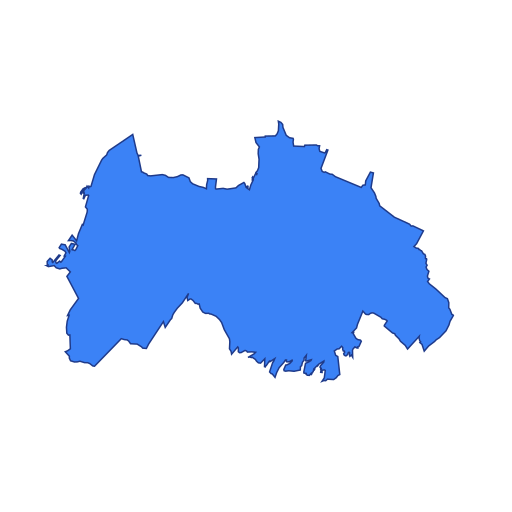 outline of Cungrea, Olt, Romania, rotated 100°
{"feature_id": "2599482B31461522187781", "entity_name": "Cungrea", "entity_type": "district", "adm_level": 2, "iso_a3": "ROU", "parent_name": "Romania", "parent_adm1": "Olt", "projection": "robinson", "projection_center": [24.401, 44.69], "detail": "fine", "context": "isolated", "style": "filled", "palette": "blue", "viewbox_px": 512, "rotation_deg": 100, "n_neighbors": 0, "source": "geoboundaries", "source_scale": "gbopen_adm2", "svg_char_len": 6120}
<svg xmlns="http://www.w3.org/2000/svg" viewBox="0 0 512 512"><g transform="rotate(100 256 256)"><path d="M383.4,427.2L387.1,422.4L389.0,422.1L391.4,420.4L391.9,416.4L391.3,413.6L390.2,411.1L390.8,406.3L390.3,403.2L390.8,401.0L392.6,397.7L392.6,395.9L360.8,374.3L361.2,371.2L361.0,368.4L361.8,366.7L364.2,364.3L363.4,357.7L365.3,353.0L366.4,351.6L366.1,347.9L361.2,346.4L336.7,335.8L342.1,333.0L333.4,329.1L332.3,328.2L328.3,327.7L325.7,326.7L321.0,324.4L314.9,320.4L304.5,315.9L308.7,316.7L311.7,315.5L309.7,313.4L309.7,312.3L310.8,310.2L313.2,307.6L313.0,306.1L313.5,304.7L313.1,303.6L317.1,301.9L320.4,298.7L321.3,295.8L320.6,292.5L321.1,291.6L321.0,290.0L322.3,284.8L325.0,280.8L327.5,278.3L334.1,274.4L342.1,267.8L344.9,266.9L352.0,266.0L354.2,264.0L356.9,263.0L348.7,258.2L349.5,257.4L353.3,256.8L354.1,255.4L353.7,253.9L350.9,250.4L351.2,248.7L352.1,247.8L351.1,243.4L350.9,239.7L352.8,241.0L357.3,246.3L356.6,245.2L356.8,242.7L356.4,242.1L358.0,238.6L359.5,237.2L360.8,235.1L360.7,232.9L355.7,229.5L363.5,228.4L363.6,227.6L362.6,227.5L362.2,226.9L357.6,224.8L357.0,224.2L357.6,223.8L353.8,219.7L357.2,220.5L357.6,221.0L367.8,222.5L369.2,220.7L369.3,219.5L372.2,216.2L367.2,215.4L361.9,213.8L356.0,210.1L353.3,209.0L353.1,208.5L353.1,207.9L354.3,207.9L354.9,207.3L354.5,205.1L352.3,202.4L352.9,202.1L355.9,204.0L357.9,206.7L358.2,207.8L362.9,208.9L364.1,208.4L364.3,206.9L363.3,203.8L362.9,198.5L360.6,192.6L357.2,193.0L356.1,192.0L352.5,191.8L350.3,190.6L348.1,190.9L345.0,189.2L350.6,188.9L350.7,188.1L348.5,183.5L349.4,183.7L351.2,185.7L353.1,188.6L362.0,188.8L363.0,188.4L362.9,186.1L363.8,186.1L364.5,184.8L364.3,182.7L362.6,181.7L363.1,181.0L362.2,180.5L361.8,181.1L360.0,179.6L357.9,179.5L358.1,178.8L357.1,178.5L356.8,179.2L353.5,176.8L353.8,176.5L353.2,176.0L352.9,176.3L351.5,175.3L347.6,170.9L348.7,170.8L352.8,173.4L354.3,173.7L354.8,172.9L355.4,172.8L355.1,172.6L355.4,172.2L359.3,172.1L359.2,170.7L357.0,171.2L356.3,168.7L356.7,167.9L364.2,167.6L367.9,169.2L366.9,167.6L366.7,165.7L364.9,164.3L364.2,158.1L361.9,155.8L359.5,154.6L358.2,152.9L340.8,158.0L340.0,160.3L335.9,162.4L333.4,159.8L333.0,158.1L330.0,156.0L331.1,154.7L333.0,154.4L334.4,153.5L334.2,152.7L334.5,152.3L335.4,152.0L337.0,152.7L338.1,152.1L338.8,150.7L338.6,149.8L337.3,148.8L335.0,148.3L334.6,147.6L335.1,146.9L337.0,146.9L338.5,146.1L336.9,144.9L338.9,143.2L332.0,144.6L330.9,144.4L328.3,142.8L329.0,141.2L329.0,139.8L327.9,140.2L327.7,139.3L326.9,138.8L321.7,137.5L320.7,138.5L320.6,141.4L319.6,143.4L315.5,146.8L313.5,146.4L314.8,147.2L314.8,148.1L309.4,144.5L305.7,144.2L291.7,141.2L294.2,138.0L294.4,136.8L294.1,134.8L292.6,133.4L291.8,131.8L291.8,130.1L294.6,122.4L295.9,120.8L296.0,118.2L296.6,116.2L297.2,115.5L302.0,117.6L302.7,117.5L308.1,108.2L308.4,105.9L309.9,104.9L312.7,100.8L314.9,98.9L318.1,93.5L321.3,90.6L306.7,81.3L308.1,81.3L309.8,80.6L311.1,80.0L311.9,79.0L312.8,79.6L314.2,77.2L320.5,73.8L314.7,70.4L309.2,65.3L307.2,64.0L304.5,61.1L296.7,55.9L290.4,54.0L286.7,53.6L280.3,51.3L279.7,51.9L279.5,53.0L274.8,55.8L273.6,57.2L268.5,58.0L264.8,60.1L264.1,62.7L257.3,73.1L253.3,80.5L251.3,82.6L248.5,81.2L247.9,82.9L246.0,83.7L241.0,83.1L239.6,85.3L237.4,86.6L235.4,85.9L233.7,87.4L229.8,87.3L229.1,87.6L229.2,88.4L228.8,88.8L226.7,89.0L225.1,90.0L224.8,91.5L222.1,93.9L222.1,94.6L221.1,96.2L221.3,96.6L220.3,97.6L220.4,99.5L219.3,102.1L216.0,100.0L202.2,95.5L199.1,106.7L199.6,108.4L198.0,110.3L193.8,126.4L185.1,142.9L182.9,143.8L178.3,147.7L176.5,148.3L173.3,150.3L168.8,154.6L153.8,154.8L153.5,157.9L163.0,161.0L167.0,160.7L167.7,163.0L170.2,164.3L164.1,191.6L162.3,195.1L162.5,197.4L161.1,202.4L161.8,203.4L161.2,205.5L158.4,207.2L139.2,203.6L139.0,204.8L142.2,205.8L142.6,206.3L141.9,211.3L139.4,212.5L136.4,212.5L136.7,214.5L136.2,215.9L138.4,227.2L139.8,227.3L141.2,238.0L137.4,239.3L134.7,239.4L133.7,239.9L133.7,243.6L131.9,247.2L124.7,251.8L121.8,252.6L120.1,254.7L119.4,257.4L122.2,256.5L128.8,255.7L132.0,256.4L134.4,257.8L136.3,267.7L137.2,267.6L139.6,277.7L144.3,275.7L148.0,271.6L150.6,272.2L154.9,271.6L160.2,269.8L168.5,268.7L171.8,269.4L173.8,270.6L174.7,270.7L174.8,270.2L174.4,270.2L174.7,269.3L175.6,269.5L174.8,270.7L179.6,272.1L178.7,273.0L179.6,273.3L179.9,272.5L179.6,272.2L180.8,272.1L180.8,272.9L181.8,272.9L181.8,272.0L186.9,273.4L191.9,274.0L190.9,276.1L189.4,275.8L188.6,276.3L189.1,277.0L189.9,276.5L189.7,276.2L190.8,276.3L190.1,277.7L186.5,279.7L185.7,280.7L189.6,285.5L192.4,287.6L195.2,296.0L195.1,300.1L197.0,306.8L196.8,307.5L195.0,307.9L187.0,308.3L188.2,317.1L189.9,316.7L194.3,317.0L198.4,316.5L197.6,319.8L197.4,324.2L195.9,330.9L194.2,333.6L190.7,335.6L188.8,342.0L189.2,344.0L191.5,347.2L193.1,351.0L193.8,355.8L192.3,359.2L192.1,362.4L195.4,373.7L195.6,376.7L194.3,377.8L193.5,381.5L193.0,382.1L193.0,383.4L178.1,389.3L176.7,386.4L177.5,389.5L175.3,391.1L157.7,398.5L177.5,418.9L179.9,420.2L182.4,420.6L186.5,423.8L188.4,424.7L203.9,429.2L216.1,430.6L216.6,431.5L216.2,432.6L218.1,432.6L216.5,434.5L218.2,434.9L218.3,436.0L219.9,438.0L223.4,439.7L224.8,439.8L225.5,438.9L220.6,437.8L219.8,437.0L220.1,436.6L220.0,436.0L221.0,436.7L222.9,436.9L223.9,436.9L223.6,436.2L223.9,436.0L229.3,436.1L229.5,435.5L225.8,434.5L225.1,431.8L225.5,431.3L237.3,432.5L239.3,430.2L242.1,429.9L255.5,431.6L255.1,432.5L264.8,434.7L272.2,435.3L267.4,440.7L273.4,443.4L272.9,440.9L272.9,438.5L274.4,435.6L275.8,434.8L276.8,433.3L281.1,434.6L282.1,435.3L281.5,437.7L282.3,438.5L275.9,436.2L275.7,440.0L279.6,441.6L283.6,440.2L285.1,440.4L278.1,445.9L278.1,449.7L282.0,451.3L282.7,450.6L283.1,448.4L284.4,445.0L285.9,443.7L289.3,444.9L289.3,443.7L295.5,446.7L296.0,447.2L295.1,448.5L297.8,450.9L297.6,451.6L296.5,452.2L295.7,452.5L289.5,449.0L289.2,450.2L297.7,455.0L297.2,455.7L295.3,456.0L294.0,458.4L297.6,460.7L300.6,460.1L300.8,459.2L301.2,459.1L301.7,459.4L301.9,460.4L302.5,458.6L300.5,453.1L302.3,450.7L302.8,447.0L301.8,445.0L300.6,440.9L303.9,436.1L308.9,438.7L328.6,423.4L341.1,429.5L347.4,431.3L347.1,430.4L346.0,429.6L352.9,430.6L359.1,430.3L364.9,428.9L366.5,427.0L366.1,425.6L379.6,422.7L382.0,425.0L383.4,427.2Z" fill="#3b82f6" stroke="#1e3a8a" stroke-width="1.5"/></g></svg>